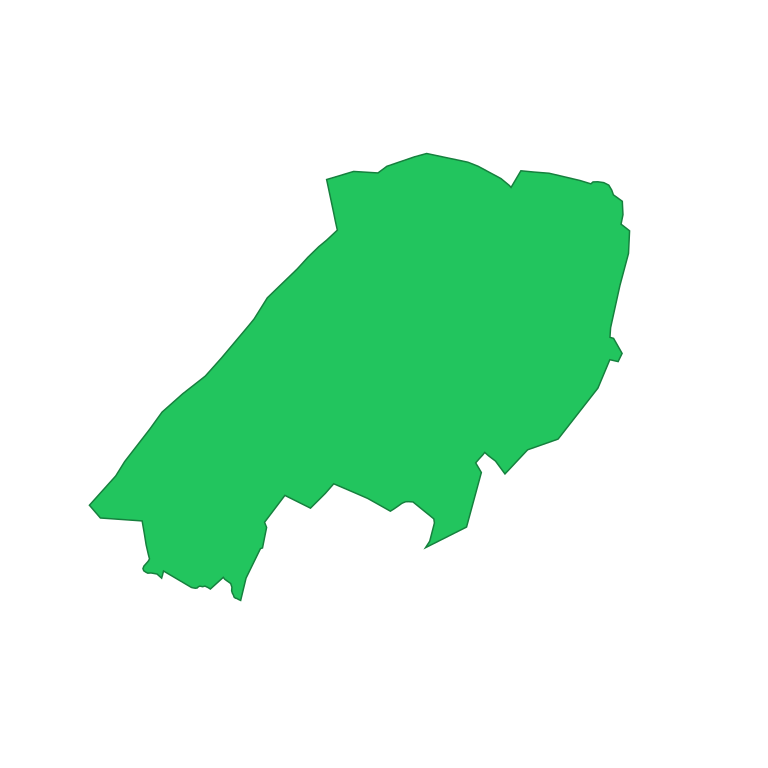 Maigatari, Jigawa, Nigeria, rotated 308°
{"feature_id": "59680162B93100308813933", "entity_name": "Maigatari", "entity_type": "district", "adm_level": 2, "iso_a3": "NGA", "parent_name": "Nigeria", "parent_adm1": "Jigawa", "projection": "albers", "projection_center": [9.515, 12.698], "detail": "fine", "context": "isolated", "style": "filled", "palette": "green", "viewbox_px": 768, "rotation_deg": 308, "n_neighbors": 0, "source": "geoboundaries", "source_scale": "gbopen_adm2", "svg_char_len": 1850}
<svg xmlns="http://www.w3.org/2000/svg" viewBox="0 0 768 768"><g transform="rotate(308 384 384)"><path d="M509.8,212.9L506.7,216.6L488.2,238.6L482.3,245.5L476.5,252.5L461.8,250.2L452.3,248.1L437.0,246.0L421.4,244.8L380.1,239.0L355.2,241.6L345.8,241.4L304.5,239.9L280.2,238.3L252.4,231.4L225.2,226.4L204.4,227.2L163.2,227.4L146.4,229.2L107.1,226.5L103.8,243.0L127.2,277.7L118.6,287.2L110.8,295.6L104.7,303.1L101.8,306.9L99.0,307.3L92.7,306.9L90.1,307.7L88.9,309.7L89.1,312.4L89.5,314.3L91.7,316.8L94.5,322.1L94.1,328.3L95.8,327.6L96.6,327.3L97.3,327.0L97.9,326.7L100.9,325.4L105.1,357.5L105.9,359.2L107.0,361.2L108.3,362.4L110.1,362.6L111.4,363.4L112.6,365.9L114.5,367.3L115.3,370.9L115.5,373.4L132.7,376.4L132.1,378.6L132.2,382.1L132.4,386.0L130.2,389.3L127.3,391.2L125.8,393.3L125.1,395.0L124.4,396.1L123.7,397.3L123.8,398.8L124.4,400.2L124.6,401.8L125.2,404.3L146.1,394.8L178.2,388.0L180.0,389.2L190.1,384.1L198.7,379.8L201.5,375.0L235.2,374.5L240.9,402.5L252.0,403.9L261.6,405.1L274.4,405.8L280.0,426.9L283.8,441.6L286.3,458.0L287.7,467.3L291.5,468.7L296.3,470.2L300.8,471.5L302.6,472.4L304.6,473.6L306.4,475.8L308.9,479.4L308.4,506.3L305.5,509.3L288.3,516.8L280.6,517.5L322.1,537.1L374.2,515.2L378.3,504.8L380.2,504.9L382.1,505.0L383.9,505.1L386.5,505.3L388.9,505.5L390.1,505.5L392.1,505.5L391.8,510.6L391.9,519.3L387.6,534.7L420.6,537.7L447.8,555.1L512.5,555.1L542.2,547.0L545.8,554.7L554.7,552.8L561.3,536.8L559.9,533.3L567.9,527.9L584.6,519.9L607.0,509.2L637.4,496.3L655.9,483.2L655.9,472.4L664.5,468.1L674.7,459.3L674.3,448.3L677.0,444.1L679.1,438.7L678.0,433.2L675.0,428.0L671.9,424.3L669.1,423.8L665.0,413.1L651.7,384.3L643.1,371.3L636.3,360.6L617.1,363.1L617.6,360.6L617.9,349.8L613.5,324.0L610.4,313.5L591.9,275.7L582.0,268.3L557.3,252.2L546.6,249.3L532.8,229.2L509.8,212.9Z" fill="#22c55e" stroke="#15803d" stroke-width="1.5"/></g></svg>